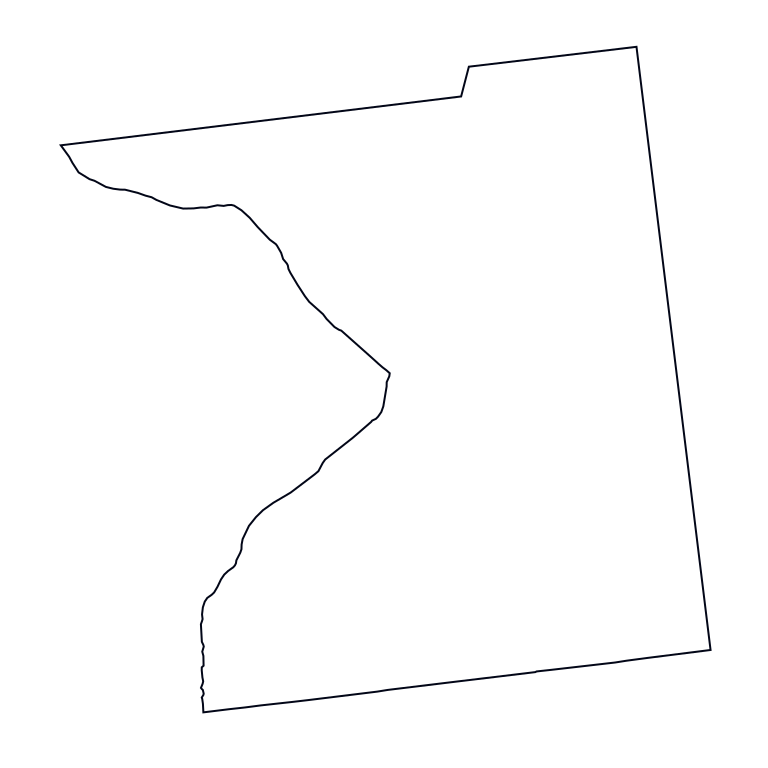 outline of Roberts, South Dakota, United States of America, rotated 173°
{"feature_id": "52423323B57962410347725", "entity_name": "Roberts", "entity_type": "district", "adm_level": 2, "iso_a3": "USA", "parent_name": "United States of America", "parent_adm1": "South Dakota", "projection": "robinson", "projection_center": [-96.708, 45.616], "detail": "fine", "context": "isolated", "style": "outline", "palette": "ink", "viewbox_px": 768, "rotation_deg": 173, "n_neighbors": 0, "source": "geoboundaries", "source_scale": "gbopen_adm2", "svg_char_len": 1734}
<svg xmlns="http://www.w3.org/2000/svg" viewBox="0 0 768 768"><g transform="rotate(173 384 384)"><path d="M92.3,687.9L261.1,688.6L272.4,660.0L675.7,660.3L668.8,647.9L666.3,641.5L661.3,631.2L651.3,623.2L646.6,621.0L636.0,613.5L628.9,610.8L622.2,609.1L617.3,608.4L604.9,603.6L597.7,600.0L591.9,597.7L587.4,594.4L574.7,587.3L562.0,582.6L551.6,581.5L544.3,581.5L538.7,580.7L527.6,581.7L521.4,580.3L517.4,580.6L513.6,580.3L511.0,579.3L504.3,573.8L497.0,565.3L490.2,555.1L479.8,541.2L474.3,536.0L473.3,534.3L470.1,526.7L468.9,520.3L465.7,515.3L465.0,513.4L464.8,509.8L463.4,505.8L457.7,492.9L451.8,480.8L448.2,474.6L436.0,460.7L433.1,455.6L426.2,446.6L422.1,443.3L419.9,442.2L394.1,412.9L387.6,405.4L387.3,405.0L383.4,400.7L380.1,397.5L377.0,394.0L377.8,391.0L381.1,385.5L381.7,381.2L387.4,361.9L390.1,356.5L393.9,352.3L396.3,350.4L400.3,349.1L401.3,348.0L421.4,334.5L451.6,316.2L454.5,313.0L459.7,305.5L463.8,302.8L489.9,287.6L508.3,279.6L519.5,273.5L527.3,267.5L535.3,259.7L543.2,247.3L544.9,242.0L545.6,237.4L547.2,234.1L552.0,227.0L552.8,224.1L554.1,222.1L555.9,220.5L561.4,217.5L565.8,214.3L569.6,209.9L574.0,203.0L578.0,197.8L580.7,195.8L585.4,193.3L588.4,189.9L591.0,184.4L592.7,177.4L592.7,172.8L593.5,170.9L595.0,167.9L596.2,150.3L595.1,147.0L594.9,145.3L597.0,140.5L596.4,136.1L597.4,126.4L599.4,125.0L599.8,122.1L600.0,114.9L599.7,110.9L600.6,108.5L602.7,104.7L601.9,103.3L601.1,102.4L600.7,98.7L601.1,97.5L603.1,95.0L602.8,93.6L602.7,88.6L603.3,80.1L593.1,80.1L577.3,80.1L569.9,80.0L561.3,79.9L545.3,80.0L529.3,79.8L513.4,79.6L497.5,79.5L428.1,79.5L417.6,79.9L349.3,79.8L268.9,79.6L267.6,80.1L252.8,79.9L188.5,79.4L177.1,79.8L156.4,80.0L92.3,80.2L92.3,439.5L92.3,687.9Z" fill="none" stroke="#020617" stroke-width="2"/></g></svg>